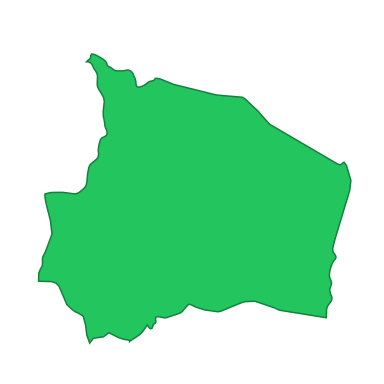 the border of Negeri Sembilan, rotated 356°
{"feature_id": "MYS-1146", "entity_name": "Negeri Sembilan", "entity_type": "State", "adm_level": 1, "iso_a3": "MYS", "parent_name": "Malaysia", "parent_adm1": "", "projection": "mercator", "projection_center": [102.11, 2.837], "detail": "fine", "context": "isolated", "style": "filled", "palette": "green", "viewbox_px": 384, "rotation_deg": 356, "n_neighbors": 0, "source": "natural_earth", "source_scale": "10m", "svg_char_len": 2723}
<svg xmlns="http://www.w3.org/2000/svg" viewBox="0 0 384 384"><g transform="rotate(356 192 192)"><path d="M119.3,336.7L119.4,335.6L114.0,334.3L108.9,332.3L99.3,326.6L93.6,330.3L83.4,331.0L79.4,335.6L77.1,327.5L76.5,317.2L74.8,308.2L69.4,304.4L67.1,303.3L64.0,300.7L59.3,295.6L52.8,276.8L50.0,273.4L45.6,271.6L32.7,270.3L33.5,262.3L35.4,258.3L37.3,255.6L37.8,253.2L38.3,247.5L38.8,246.0L41.6,241.4L49.4,224.2L48.8,211.0L45.4,191.6L45.0,186.6L45.1,183.8L45.8,183.5L50.2,182.8L53.0,182.7L62.9,183.3L74.9,185.7L76.1,185.7L78.0,185.2L80.2,184.0L84.2,181.1L85.9,179.4L86.9,177.9L87.9,174.4L89.1,166.7L90.7,160.6L91.5,158.9L92.2,157.8L92.9,157.1L98.8,152.8L100.1,151.6L100.8,150.3L101.4,148.1L101.5,146.8L101.3,144.2L102.1,139.8L103.4,135.6L104.3,133.6L105.2,132.2L106.1,131.7L108.7,130.6L110.4,129.7L111.2,128.6L111.5,127.3L111.2,124.9L109.8,120.4L109.5,115.2L108.8,110.3L109.0,105.6L110.8,95.6L110.6,93.1L110.4,91.9L109.6,89.8L109.1,88.8L108.7,87.7L106.6,84.1L105.4,81.1L105.1,79.9L104.9,78.5L105.8,69.9L105.7,68.7L105.5,67.5L104.7,65.4L102.6,61.7L101.5,58.5L100.4,56.7L99.6,56.0L97.8,55.0L95.8,54.7L97.5,53.3L98.3,52.8L99.2,52.2L99.9,51.4L100.3,50.3L100.5,49.2L100.9,48.1L101.6,47.3L103.5,47.7L106.4,49.1L112.5,53.2L114.7,55.4L115.9,57.4L116.0,58.7L116.4,59.8L117.0,60.6L117.8,61.2L119.7,62.2L121.3,63.6L122.0,64.2L123.1,65.2L124.2,65.6L126.0,66.0L132.1,66.3L136.4,65.8L137.7,66.1L139.0,66.9L140.7,68.6L141.5,70.1L142.6,73.7L143.1,74.7L143.4,75.7L143.6,76.9L143.7,80.8L144.0,82.0L144.4,83.0L145.4,83.6L147.0,83.7L150.0,82.9L153.0,81.6L155.5,79.7L156.4,79.2L157.5,78.8L161.1,78.2L162.0,77.7L162.7,77.0L163.3,76.1L165.2,76.2L168.2,77.0L181.3,83.4L221.7,96.5L224.1,97.1L248.9,101.0L251.1,102.5L264.0,116.5L264.5,117.4L274.1,129.8L339.4,174.4L340.4,174.8L341.4,175.1L342.5,174.9L343.4,174.5L344.1,173.8L344.9,173.2L345.7,172.9L347.9,176.2L351.3,191.5L349.5,201.3L331.3,249.2L328.4,258.0L328.4,259.6L328.5,261.5L330.0,264.0L331.0,266.1L331.0,267.4L330.6,268.5L328.5,270.7L327.5,272.1L326.4,274.1L324.5,278.6L323.7,281.5L323.2,285.1L323.4,286.8L323.8,288.5L324.4,289.9L324.9,292.5L324.5,294.1L322.8,298.1L322.5,299.7L323.2,303.5L324.1,306.3L324.2,307.5L323.9,309.2L323.1,310.8L319.1,315.5L318.1,318.4L317.2,326.8L270.9,316.0L266.1,313.3L247.3,305.4L237.5,305.1L234.2,305.7L212.2,313.0L209.6,313.3L196.3,310.5L188.1,307.2L182.6,304.1L181.5,303.9L180.7,304.0L179.6,304.8L174.2,310.3L173.1,311.1L171.5,312.0L157.8,315.6L156.0,315.7L149.7,314.0L148.1,314.1L147.2,314.5L146.9,315.1L146.8,315.9L146.9,319.2L146.4,320.0L145.8,320.5L144.7,321.1L144.0,322.1L142.8,325.0L141.8,325.5L140.8,325.4L140.0,324.6L139.4,323.8L138.1,321.6L132.7,328.2L129.8,330.7L119.4,336.6L119.3,336.7Z" fill="#22c55e" stroke="#15803d" stroke-width="1.5"/></g></svg>